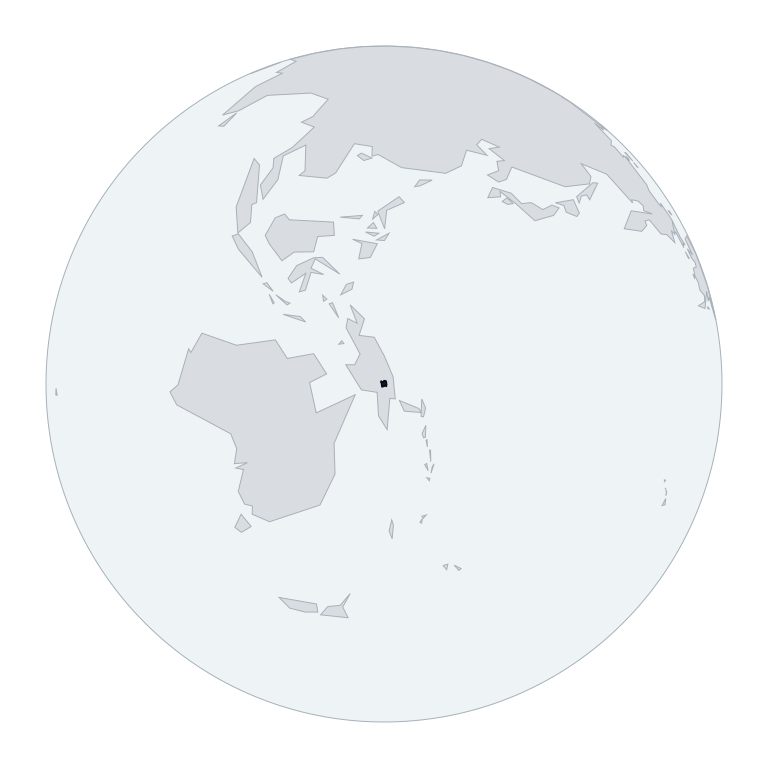 the Earth from above Western Highlands, rotated 48°
{"feature_id": "PNG-1247", "entity_name": "Western Highlands", "entity_type": "Province", "adm_level": 1, "iso_a3": "PNG", "parent_name": "Papua New Guinea", "parent_adm1": "", "projection": "orthographic", "projection_center": [144.47, -5.822], "detail": "fine", "context": "on_globe", "style": "filled", "palette": "ink", "viewbox_px": 768, "rotation_deg": 48, "n_neighbors": 0, "source": "natural_earth", "source_scale": "10m", "svg_char_len": 6773}
<svg xmlns="http://www.w3.org/2000/svg" viewBox="0 0 768 768"><g transform="rotate(48 384 384)"><circle cx="384" cy="384" r="338" fill="#eef3f6" stroke="#a8b0b8"/><path d="M572.7,450.2L572.7,452.8L572.2,453.1L572.7,450.2ZM558.6,94.7L536.9,84.2L539.5,87.6L531.0,82.2L542.7,94.9L536.3,98.0L537.4,90.5L532.7,86.8L525.3,86.3L519.0,82.6L511.8,80.6L504.9,76.6L506.0,73.7L501.6,71.4L496.6,71.3L486.5,68.1L494.5,68.4L477.7,63.2L476.5,59.8L496.1,65.2L528.1,78.3L558.6,94.7ZM660.4,258.7L657.6,251.3L661.8,255.9L660.4,258.7ZM654.2,246.9L655.5,249.4L654.0,247.3L654.2,246.9ZM652.0,245.5L653.6,246.6L652.0,246.1L652.0,245.5ZM649.2,244.6L650.6,244.8L650.5,245.1L649.2,244.6ZM644.2,240.9L642.8,239.8L643.9,239.2L644.2,240.9ZM542.8,91.6L545.9,92.0L545.0,93.0L542.8,91.6ZM512.0,81.1L513.1,82.3L508.9,80.9L512.0,81.1ZM494.4,73.7L487.3,71.5L494.8,73.1L494.4,73.7ZM483.3,69.9L466.1,65.5L467.1,67.6L454.5,60.2L473.3,65.7L482.3,67.2L479.8,67.8L483.3,69.9ZM450.3,57.4L446.3,56.3L450.7,56.9L450.3,57.4ZM280.4,62.3L266.6,67.3L254.1,72.1L264.3,68.3L282.1,61.8L290.4,59.3L282.7,61.7L286.1,60.6L289.3,59.7L289.7,59.9L298.5,57.2L337.6,50.0L342.3,50.8L331.1,52.9L355.3,52.3L358.6,55.6L361.7,54.1L375.4,54.4L374.5,53.2L377.0,52.7L411.8,55.5L417.7,57.7L436.1,59.5L437.7,59.1L434.4,57.4L454.5,60.2L467.1,67.6L462.8,68.0L473.5,73.3L462.3,73.9L458.0,77.7L439.4,77.0L437.6,81.0L442.1,82.7L443.0,90.3L429.4,101.6L420.7,84.4L437.3,70.8L428.8,75.0L424.9,72.1L418.3,72.7L412.8,76.6L415.8,78.1L377.1,78.1L352.3,90.0L368.3,91.4L372.8,97.3L358.6,117.4L308.3,143.8L313.9,156.2L310.7,163.7L297.9,167.2L302.2,156.1L294.1,151.1L298.5,145.0L279.5,148.4L285.0,139.8L267.5,147.7L268.3,155.0L283.0,154.4L265.5,166.2L273.7,180.5L268.7,197.2L235.0,226.1L209.5,234.8L206.7,240.5L199.7,233.8L185.6,245.2L194.8,278.7L192.9,288.6L172.3,307.5L172.7,300.0L154.1,282.2L147.1,306.2L161.1,326.1L165.8,350.3L153.5,342.8L149.1,321.8L142.6,314.9L146.9,293.9L146.4,263.9L134.2,270.1L137.6,258.1L135.0,234.9L118.8,243.7L91.5,277.5L83.7,309.1L76.1,324.1L77.0,280.6L85.0,251.6L80.5,255.4L85.4,233.3L80.0,236.4L80.4,235.7L92.0,213.9L105.2,193.0L119.9,173.1L136.1,154.4L153.5,136.9L172.2,120.7L192.0,105.9L212.9,92.6L234.6,80.9L257.2,70.8L280.4,62.3ZM75.8,245.4L72.7,253.4L63.9,275.8L75.8,245.4ZM167.7,630.6L173.7,634.4L172.5,635.2L167.7,630.6ZM240.5,409.3L250.3,411.3L250.0,412.9L240.5,409.3ZM230.3,403.3L241.0,404.3L228.7,406.8L230.3,403.3ZM245.3,404.7L256.3,402.1L261.0,399.8L260.4,403.1L245.3,404.7ZM223.1,403.2L186.3,402.0L172.4,397.7L175.1,391.8L197.6,393.5L223.1,403.2ZM174.0,391.6L153.5,375.4L129.5,329.6L138.0,330.0L163.9,357.4L162.2,362.3L174.6,375.1L174.0,391.6ZM225.9,362.4L224.1,377.4L203.3,375.5L194.1,372.9L187.7,353.7L191.2,344.1L198.6,344.5L229.9,313.2L240.3,321.5L230.0,334.6L238.7,347.8L225.9,362.4ZM83.9,312.0L85.3,330.5L81.6,334.2L83.9,312.0ZM244.8,291.8L230.7,304.9L244.2,287.3L244.8,291.8ZM254.0,275.3L253.8,282.1L249.6,275.3L254.0,275.3ZM204.4,249.5L196.5,250.9L197.3,246.3L208.0,241.8L204.4,249.5ZM264.7,211.8L260.8,224.7L257.9,229.1L256.2,221.0L264.7,211.8ZM334.0,50.2L341.9,48.9L342.3,49.1L340.5,49.4L334.0,50.2ZM345.5,48.3L342.1,48.8L336.0,49.7L338.5,49.2L345.5,48.3ZM502.3,581.4L509.2,585.8L500.7,595.2L487.6,604.0L472.4,604.8L502.3,581.4ZM390.7,590.8L385.2,577.3L401.0,578.1L398.8,589.2L390.7,590.8ZM511.8,574.8L519.2,564.6L517.1,549.3L522.1,563.9L533.7,567.1L513.1,585.6L511.8,574.8ZM318.5,531.2L260.8,552.0L246.6,548.3L246.8,537.7L227.1,505.6L231.4,506.4L224.4,485.3L256.5,467.7L278.5,435.2L300.3,438.8L314.4,416.0L338.1,419.9L333.1,438.3L360.1,453.7L372.7,412.6L394.7,460.8L418.1,480.6L431.1,512.5L409.8,561.2L392.5,569.1L386.6,563.4L380.0,568.0L366.2,564.1L353.6,545.7L347.3,550.3L351.1,538.0L343.1,548.5L333.6,536.8L318.5,531.2ZM490.2,469.2L495.1,471.4L504.5,481.5L496.6,478.5L490.2,469.2ZM560.6,457.1L563.9,461.7L558.5,461.5L560.6,457.1ZM572.2,453.1L565.6,453.1L572.7,450.2L572.2,453.1ZM509.7,445.6L512.6,449.1L510.8,449.8L509.7,445.6ZM507.6,444.3L509.7,440.1L510.0,444.8L507.6,444.3ZM482.3,415.0L484.7,413.0L486.2,415.1L482.3,415.0ZM264.8,412.3L277.8,401.1L285.5,400.7L264.8,412.3ZM477.9,409.2L471.2,407.7L471.6,405.4L477.9,409.2ZM477.8,403.6L476.8,400.1L481.7,408.8L477.8,403.6ZM464.5,393.8L473.0,401.2L463.6,394.4L464.5,393.8ZM459.8,393.9L453.9,390.3L454.2,389.3L459.8,393.9ZM398.6,389.3L420.0,412.2L404.0,409.4L385.6,394.7L373.3,404.7L344.1,399.5L350.1,393.0L345.7,381.7L316.9,374.6L311.1,367.1L320.9,363.3L302.5,356.2L322.5,354.9L331.2,370.0L342.7,360.0L363.6,365.1L384.7,372.4L402.6,385.6L398.6,389.3ZM323.6,386.4L327.1,386.8L324.2,390.9L323.6,386.4ZM442.7,380.5L451.2,388.9L450.4,390.6L446.3,388.8L442.7,380.5ZM406.6,383.6L425.5,374.5L430.1,375.4L417.8,387.1L406.6,383.6ZM420.4,366.0L429.6,369.1L434.8,376.6L432.9,378.1L420.4,366.0ZM282.7,369.7L282.1,373.6L277.0,370.2L282.7,369.7ZM289.1,367.8L304.5,373.4L287.8,371.1L289.1,367.8ZM245.0,351.4L249.1,360.8L262.2,355.6L252.2,363.6L261.7,379.6L258.9,385.3L249.4,368.0L247.0,385.2L241.3,384.6L237.6,369.6L243.1,351.9L248.8,344.9L272.7,343.3L245.0,351.4ZM288.8,356.4L284.8,345.3L287.9,338.4L292.1,344.4L288.8,356.4ZM274.1,319.1L264.8,306.4L255.4,310.5L275.3,295.1L280.8,309.6L274.1,319.1ZM267.6,292.4L258.7,296.0L268.5,287.0L267.6,292.4ZM257.0,291.9L257.0,283.8L263.5,285.2L257.0,291.9ZM272.0,293.1L275.3,279.4L277.7,287.7L272.0,293.1ZM256.7,265.8L269.1,279.7L251.4,273.0L254.9,247.5L262.8,247.4L256.7,265.8ZM327.5,174.1L328.0,167.9L336.2,167.3L333.6,171.7L327.5,174.1ZM363.7,162.6L338.6,165.3L318.6,168.9L322.9,172.1L315.0,182.2L310.6,171.8L327.4,161.8L342.0,161.1L347.8,153.2L360.7,149.2L363.5,139.4L370.3,136.1L372.2,145.1L363.7,162.6ZM364.1,135.4L373.7,120.0L387.6,124.4L388.6,128.6L378.4,133.6L371.6,130.9L364.1,135.4ZM380.1,117.9L373.7,115.5L374.2,94.0L377.8,90.8L384.7,107.9L379.0,106.8L376.4,111.7L380.1,117.9ZM445.6,56.8L446.3,56.3L448.5,57.3L445.6,56.8ZM376.2,52.1L380.1,51.6L382.5,52.3L376.2,52.1ZM391.9,50.7L386.5,50.2L393.5,50.4L391.9,50.7ZM374.1,49.6L384.9,49.9L372.8,50.2L374.1,49.6Z" fill="#d9dde1" stroke="#a8b0b8" stroke-width="1"/><path d="M383.2,380.6L383.3,380.6L384.2,380.9L384.3,381.0L384.5,381.3L384.8,381.5L385.1,381.6L385.3,381.8L385.5,382.0L386.1,382.3L386.3,382.5L386.5,382.8L386.8,383.1L387.2,383.7L387.3,383.8L387.2,383.9L386.9,383.9L386.4,383.9L386.1,383.8L385.9,383.8L386.0,384.7L386.0,384.8L385.9,384.8L385.6,385.0L385.4,385.2L385.4,385.4L385.4,385.5L385.6,385.7L385.6,385.8L385.3,386.5L385.0,386.8L384.9,387.0L384.8,387.4L384.7,387.4L384.4,387.2L381.3,385.2L381.2,385.1L380.8,385.1L380.7,385.1L380.6,384.9L380.1,384.7L379.9,384.4L380.0,384.2L380.3,384.1L381.1,383.8L381.5,383.5L381.7,383.4L381.8,383.3L381.9,383.1L381.9,382.9L381.9,382.7L381.5,381.8L381.5,381.7L382.2,381.3L382.3,381.3L382.4,381.2L382.5,381.1L382.7,380.7L382.9,380.8L383.0,380.7L383.2,380.6Z" fill="#0f172a" stroke="#020617" stroke-width="1.5"/></g></svg>